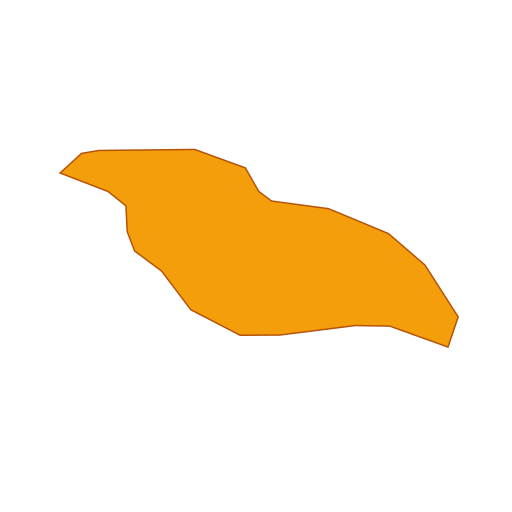 the border of Dol pri Ljubljani, rotated 206°
{"feature_id": "SVN-946", "entity_name": "Dol pri Ljubljani", "entity_type": "Municipality", "adm_level": 1, "iso_a3": "SVN", "parent_name": "Slovenia", "parent_adm1": "", "projection": "orthographic", "projection_center": [14.684, 46.097], "detail": "fine", "context": "isolated", "style": "filled", "palette": "amber", "viewbox_px": 512, "rotation_deg": 206, "n_neighbors": 0, "source": "natural_earth", "source_scale": "10m", "svg_char_len": 445}
<svg xmlns="http://www.w3.org/2000/svg" viewBox="0 0 512 512"><g transform="rotate(206 256 256)"><path d="M468.5,244.7L457.8,271.7L443.8,281.8L357.8,324.9L304.2,330.5L281.9,315.3L266.2,312.2L211.6,330.3L146.7,334.2L100.1,321.9L47.6,289.9L43.5,258.3L105.1,251.6L136.5,236.9L200.0,195.4L235.5,177.8L290.9,179.1L334.3,201.1L367.3,207.3L382.5,221.5L394.9,244.1L417.3,249.1L468.5,244.7Z" fill="#f59e0b" stroke="#b45309" stroke-width="1.5"/></g></svg>